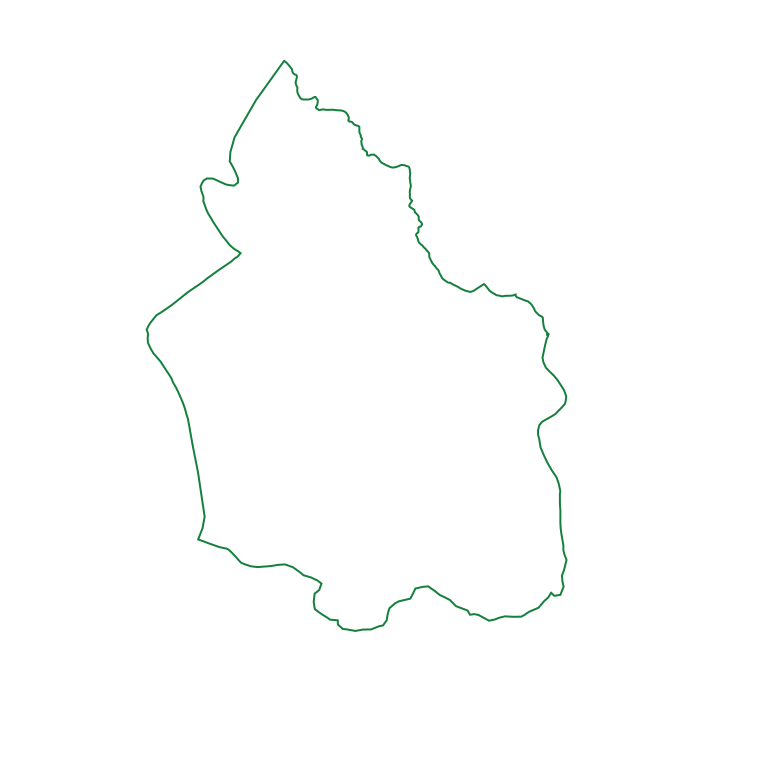 Khoune, Xiangkhoang, Laos, rotated 209°
{"feature_id": "54806243B13600000049447", "entity_name": "Khoune", "entity_type": "district", "adm_level": 2, "iso_a3": "LAO", "parent_name": "Laos", "parent_adm1": "Xiangkhoang", "projection": "natural_earth1", "projection_center": [103.534, 19.269], "detail": "fine", "context": "isolated", "style": "outline", "palette": "green", "viewbox_px": 768, "rotation_deg": 209, "n_neighbors": 0, "source": "geoboundaries", "source_scale": "gbopen_adm2", "svg_char_len": 6142}
<svg xmlns="http://www.w3.org/2000/svg" viewBox="0 0 768 768"><g transform="rotate(209 384 384)"><path d="M421.9,158.4L420.6,158.6L418.0,158.9L415.5,159.4L412.5,159.9L406.1,162.4L400.8,165.9L396.8,168.5L393.0,171.2L389.9,173.8L386.1,176.3L383.2,178.2L374.8,179.6L365.5,178.5L361.7,177.7L354.3,179.4L346.8,179.9L341.9,179.1L340.8,172.4L343.0,167.0L339.9,159.4L335.4,153.6L330.1,152.8L325.6,152.4L319.6,152.1L317.0,151.7L309.9,154.9L307.7,151.3L301.3,149.8L297.2,151.5L289.4,154.1L283.1,159.2L276.4,163.0L270.8,169.8L267.8,172.4L267.1,178.7L269.1,184.1L270.6,190.4L268.0,197.5L265.5,201.3L256.9,209.0L257.0,214.0L257.4,220.3L252.2,225.0L247.4,228.4L239.1,227.6L233.1,226.5L227.5,226.9L221.6,227.0L213.3,224.6L201.2,226.4L196.9,223.9L193.5,226.5L189.4,227.8L177.4,227.9L173.0,231.7L169.7,235.6L165.6,239.4L157.8,243.2L151.1,247.1L149.2,250.1L146.7,255.1L140.4,263.2L138.6,272.0L136.8,277.1L136.6,282.4L132.3,281.3L127.5,285.1L128.7,293.9L132.1,297.7L135.5,302.7L136.3,308.5L138.1,314.9L139.0,318.5L143.8,322.7L146.4,325.4L149.1,330.1L156.4,339.2L159.5,343.4L162.5,348.2L168.3,358.7L172.1,364.6L176.7,372.8L177.9,375.8L182.8,381.5L187.9,386.1L195.5,389.9L201.5,393.5L205.2,396.0L209.4,399.0L216.3,404.4L221.4,410.9L224.7,414.4L226.7,417.8L228.2,423.4L227.4,427.5L225.8,430.4L222.5,435.6L219.6,440.7L218.6,444.5L217.1,449.9L216.1,454.5L216.9,457.4L218.5,461.4L221.3,464.0L224.4,466.4L234.2,471.6L239.6,473.7L245.2,475.2L250.2,476.7L255.0,480.2L258.1,483.8L261.1,493.4L263.4,501.4L264.1,507.4L264.3,507.5L264.4,507.2L264.6,506.7L264.7,506.0L264.9,505.9L265.1,505.9L265.6,506.8L265.8,507.5L266.8,508.3L268.2,508.7L269.4,509.4L270.5,510.1L271.1,510.8L272.6,512.3L273.8,513.8L274.7,515.1L275.7,516.5L276.4,517.7L277.4,519.2L278.0,519.3L278.7,519.4L280.2,519.4L281.7,519.3L283.3,519.8L285.6,520.4L287.3,521.1L289.0,522.5L291.1,523.7L292.6,524.5L294.2,525.2L295.3,525.6L296.3,525.6L298.0,526.1L301.4,525.4L306.2,524.8L309.7,524.3L311.8,525.0L312.3,526.0L312.4,525.9L313.9,524.2L316.0,522.6L320.6,520.0L322.9,518.1L324.2,517.6L326.4,517.1L327.6,516.5L329.1,516.2L331.2,516.4L332.2,516.3L335.2,516.5L337.0,516.8L339.0,517.7L340.9,518.5L342.3,519.1L343.7,519.6L345.1,519.8L348.8,512.8L351.0,508.6L353.1,506.4L357.7,505.1L363.4,504.6L366.8,504.8L372.3,504.5L375.2,504.6L377.0,503.8L378.7,503.9L381.5,504.2L383.1,504.4L384.6,504.9L387.2,506.6L388.5,507.3L390.1,508.7L391.7,510.0L392.0,510.1L393.8,510.5L397.0,512.0L397.6,512.1L399.1,512.7L400.0,513.0L400.7,513.4L402.5,514.6L404.3,515.9L404.9,516.2L405.6,516.7L406.0,517.2L407.7,520.0L408.6,520.6L409.7,521.0L410.6,521.3L412.1,521.9L413.1,522.3L414.3,522.6L415.3,522.8L417.0,523.5L418.1,523.9L419.5,524.0L420.6,524.3L421.7,524.6L422.9,525.3L423.7,526.1L424.4,527.0L425.7,528.0L426.5,528.8L427.9,529.5L428.2,529.9L428.4,531.0L428.2,531.8L427.7,532.9L427.6,533.7L428.6,535.6L429.7,537.3L429.4,538.3L428.8,539.1L428.2,539.5L428.1,540.9L428.1,542.0L428.7,542.7L429.2,543.1L429.5,543.3L431.3,543.7L432.8,544.2L433.7,545.2L434.6,547.0L435.8,547.9L438.5,548.8L440.1,549.1L441.0,550.1L442.1,551.1L443.7,551.2L446.6,551.3L447.8,551.6L448.5,552.5L448.6,554.0L448.2,557.6L448.2,557.9L449.6,558.3L451.3,559.1L452.2,560.2L453.2,562.3L454.5,564.3L455.3,566.1L455.7,567.6L456.2,569.3L456.5,570.3L458.5,572.7L461.6,577.0L461.8,577.9L463.2,580.9L464.3,582.3L465.3,584.0L467.0,585.6L468.1,586.0L470.3,585.5L471.7,585.4L472.5,585.1L473.3,584.7L474.3,584.5L474.9,584.1L478.6,579.6L479.1,579.4L479.7,578.6L481.2,577.6L482.6,577.1L483.5,576.9L488.0,576.5L492.3,576.4L493.7,576.4L495.2,577.0L496.4,577.5L497.4,578.4L501.6,579.6L502.4,579.6L503.5,579.7L504.0,579.7L504.3,579.6L506.7,578.1L507.3,576.8L508.0,576.6L508.2,576.3L508.8,576.0L509.3,575.9L510.0,576.2L510.4,576.9L510.8,577.8L511.2,578.5L511.8,578.7L513.4,579.0L514.5,579.1L515.7,579.5L516.1,579.4L516.5,579.3L517.4,580.7L518.3,581.6L519.7,582.6L520.2,583.5L521.2,584.7L521.7,585.6L521.8,586.8L522.0,587.7L522.8,588.2L523.8,588.7L524.5,589.4L525.0,590.4L526.4,591.3L527.5,592.2L528.4,593.7L529.2,595.1L529.9,596.4L530.3,597.0L531.0,597.2L531.9,597.2L533.6,596.7L534.6,596.6L535.3,596.5L536.5,596.6L537.9,597.3L539.1,597.6L540.0,597.4L540.8,597.2L541.3,596.9L542.1,596.8L542.3,596.9L542.7,597.0L543.1,597.6L543.3,598.8L544.3,600.3L545.5,601.3L547.0,602.2L548.3,602.8L549.8,603.1L551.4,603.1L553.5,602.7L559.7,599.8L561.8,599.1L562.4,598.7L566.4,596.3L569.3,595.0L569.7,595.0L569.9,594.8L571.1,594.2L571.7,593.7L573.1,592.3L573.8,592.0L575.0,592.3L576.7,592.3L577.5,592.7L577.8,593.4L577.8,594.3L577.7,595.1L578.0,596.6L578.7,598.6L579.5,600.1L583.1,601.8L583.9,601.4L585.3,599.0L586.9,597.1L588.5,595.9L590.8,594.7L592.2,593.8L593.4,593.5L593.7,593.3L594.5,593.3L594.9,593.4L595.9,593.5L596.8,594.1L598.0,594.9L599.8,595.9L601.3,597.4L602.5,599.1L603.2,601.0L603.3,601.2L604.6,602.1L606.2,603.3L607.5,604.9L607.9,606.4L608.7,609.1L609.0,610.3L609.9,611.5L611.1,611.7L612.2,611.5L613.6,611.6L614.6,612.0L615.6,612.8L616.2,613.7L617.1,614.7L619.0,615.5L623.0,617.1L625.3,617.8L627.9,618.2L628.0,618.2L633.6,570.1L634.3,527.2L630.8,512.4L626.8,503.9L622.0,501.0L617.6,498.0L611.5,493.2L609.4,489.4L611.3,484.8L615.6,483.0L619.0,481.9L626.1,481.3L633.0,480.8L638.4,478.0L640.4,474.6L640.5,471.6L640.3,467.9L637.5,464.5L632.8,460.3L631.7,458.6L630.7,456.3L626.6,452.8L623.7,450.2L620.2,447.7L615.0,444.8L611.2,442.5L607.3,440.5L600.9,437.1L596.4,434.8L590.9,432.7L586.7,430.8L581.7,429.7L579.2,429.4L575.9,429.4L572.9,428.9L573.8,424.4L575.4,421.5L577.0,417.0L579.6,411.8L584.3,402.5L589.9,390.6L591.6,386.1L594.1,381.0L600.2,368.9L605.5,355.9L607.8,350.5L610.4,345.0L613.9,338.2L616.4,333.7L618.0,324.3L618.2,320.5L617.9,316.5L615.4,314.2L614.4,313.1L613.2,310.0L611.4,307.0L610.2,305.4L605.2,301.8L600.5,299.0L593.3,296.4L590.3,295.3L582.1,290.9L576.8,288.2L574.6,287.0L571.8,285.3L569.6,283.3L563.6,279.7L560.0,277.1L554.7,273.1L551.1,270.3L548.0,267.6L545.2,265.0L542.2,261.8L538.6,258.5L532.4,250.9L530.5,248.5L521.7,237.7L503.8,216.5L476.6,181.1L472.8,170.0L471.2,158.0L467.2,158.6L463.3,159.2L458.5,159.9L454.1,160.7L449.4,161.4L441.4,163.8L439.3,163.7L435.6,162.8L430.9,161.3L425.2,159.3L422.8,158.5L421.9,158.4Z" fill="none" stroke="#15803d" stroke-width="2"/></g></svg>